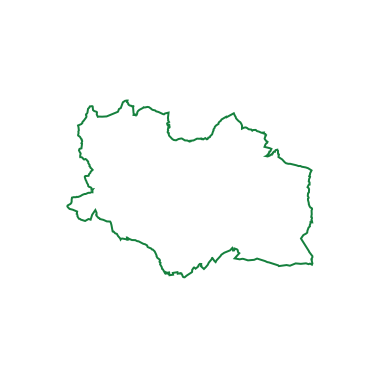 the district of Malovat, Mehedinti, Romania, rotated 324°
{"feature_id": "2599482B51625304248487", "entity_name": "Malovat", "entity_type": "district", "adm_level": 2, "iso_a3": "ROU", "parent_name": "Romania", "parent_adm1": "Mehedinti", "projection": "mercator", "projection_center": [22.741, 44.72], "detail": "fine", "context": "isolated", "style": "outline", "palette": "green", "viewbox_px": 384, "rotation_deg": 324, "n_neighbors": 0, "source": "geoboundaries", "source_scale": "gbopen_adm2", "svg_char_len": 6051}
<svg xmlns="http://www.w3.org/2000/svg" viewBox="0 0 384 384"><g transform="rotate(324 192 192)"><path d="M282.6,195.8L282.0,194.2L282.0,191.9L282.2,191.4L283.5,190.5L285.0,189.7L284.7,189.4L285.4,188.9L285.4,188.1L284.3,186.6L285.0,186.1L283.0,184.9L281.6,182.4L280.4,181.0L280.0,179.2L277.9,177.8L276.8,177.8L276.7,176.4L274.7,174.5L274.2,172.7L273.5,171.4L271.9,170.5L269.7,170.1L271.5,167.7L271.9,166.1L272.1,164.1L271.4,162.0L271.0,159.1L271.0,158.1L271.5,156.7L271.5,155.5L272.1,152.9L263.8,151.8L263.9,151.2L258.5,150.7L257.1,151.3L255.3,151.3L254.0,151.8L253.4,152.5L250.8,152.3L248.8,152.7L247.8,153.5L246.2,154.0L245.5,155.0L244.8,155.2L242.1,157.2L239.7,157.5L238.7,158.1L237.4,157.7L237.3,157.9L236.0,157.9L235.6,158.3L234.9,158.0L234.4,156.2L232.1,156.0L231.9,155.4L231.2,155.3L230.8,154.8L231.0,154.2L230.8,154.0L230.0,153.8L227.4,151.8L223.6,151.2L220.8,149.6L220.6,150.1L219.6,149.7L218.5,147.6L216.6,146.1L215.3,142.9L214.8,142.4L212.2,141.2L209.5,140.8L207.9,139.3L207.2,137.7L206.6,133.0L207.1,131.6L207.8,130.9L207.4,130.5L207.5,129.2L208.9,128.2L209.0,127.5L210.5,126.1L211.5,126.6L212.1,126.3L212.0,125.6L213.0,124.6L213.1,124.3L212.4,124.0L211.6,124.4L211.6,123.2L212.2,121.9L214.6,121.9L214.7,120.1L215.6,119.0L216.0,118.0L219.7,114.0L216.3,112.6L215.0,112.7L214.3,111.9L211.9,107.5L210.4,105.7L210.1,104.3L208.5,102.5L207.9,101.2L207.9,100.5L207.0,98.0L206.0,97.0L203.5,95.9L202.6,95.0L202.0,95.2L197.7,94.6L195.8,94.8L194.5,95.4L193.7,96.4L192.6,97.0L192.0,96.3L191.5,96.8L191.3,96.4L190.0,95.3L191.0,94.4L191.1,93.8L194.2,88.7L195.0,88.2L194.9,87.9L193.5,87.1L193.5,86.5L192.4,85.3L192.1,84.4L192.0,83.6L192.4,83.1L192.5,82.0L192.2,81.1L193.6,80.1L193.1,79.7L191.4,78.9L188.8,78.8L183.8,82.2L181.6,82.0L179.4,83.5L179.0,83.5L167.4,80.7L163.8,78.4L160.9,76.2L160.0,75.8L160.5,73.3L162.0,71.6L161.7,70.7L160.5,69.1L160.1,67.5L161.9,64.4L161.6,63.8L159.6,62.7L158.6,63.3L156.8,63.6L154.1,66.3L153.2,66.8L152.2,66.8L151.6,67.2L151.3,67.9L151.3,68.4L150.8,69.1L150.0,69.5L145.9,70.8L145.2,70.8L144.2,71.2L143.9,71.7L142.4,72.0L138.9,71.2L138.4,72.6L136.7,75.6L135.6,76.3L134.8,77.7L133.4,78.9L133.1,79.4L133.8,81.5L133.5,84.4L133.7,84.7L133.2,85.3L133.2,86.0L132.8,86.6L131.2,87.6L131.4,88.3L128.2,91.7L126.4,91.0L125.1,91.8L124.7,93.5L124.6,95.3L122.7,97.1L122.1,98.1L122.6,98.4L123.5,99.7L123.5,101.2L123.8,102.3L125.2,102.7L125.7,103.9L125.6,104.8L125.9,106.3L125.1,107.6L125.0,110.1L124.2,110.9L124.4,111.8L124.1,112.9L124.4,113.5L124.6,115.7L122.0,116.0L121.1,116.7L119.4,117.0L117.8,118.1L115.1,116.4L114.4,116.5L114.0,117.0L113.1,119.6L112.9,121.2L112.4,122.7L112.2,125.0L111.5,126.3L111.8,127.4L112.7,128.6L112.9,129.2L112.9,129.8L112.1,131.0L113.4,131.6L112.6,131.9L111.3,133.7L110.5,133.0L109.0,132.7L107.6,131.7L104.8,131.1L104.0,130.5L101.8,129.9L99.3,129.7L96.8,129.0L95.8,128.1L95.0,128.0L93.2,126.6L91.6,126.0L90.1,127.5L89.0,129.0L87.9,129.9L86.6,130.2L83.5,129.8L82.8,130.2L82.6,131.2L83.0,133.7L85.1,136.2L87.6,140.3L86.0,141.8L86.2,142.0L85.5,143.8L85.0,144.4L84.8,147.1L85.6,148.1L85.7,148.8L86.4,149.8L88.5,152.6L92.1,153.0L92.6,153.2L93.7,154.8L97.9,151.7L103.2,149.8L102.6,152.6L101.5,154.2L101.0,154.2L100.8,154.9L101.1,158.1L101.7,158.7L101.6,159.7L103.9,162.4L105.8,165.7L108.4,167.8L108.3,169.0L107.4,171.4L104.6,177.3L104.8,177.7L105.3,177.9L105.6,180.3L106.6,181.7L106.3,184.1L106.6,187.5L106.3,188.5L107.3,188.2L108.4,188.8L111.2,191.8L111.4,192.5L112.0,192.8L112.1,191.5L112.6,190.6L112.8,190.8L113.5,192.8L115.2,195.6L117.8,197.6L118.8,199.6L119.8,200.5L122.1,205.2L123.4,206.8L124.3,208.9L123.8,210.0L123.9,210.7L125.7,213.6L125.8,214.9L126.4,215.4L126.9,218.1L126.4,220.8L126.0,222.6L125.5,223.2L125.3,225.0L126.0,227.2L126.0,227.9L125.7,228.7L124.8,229.2L124.6,229.7L124.9,230.8L123.7,231.7L123.4,234.9L122.6,236.6L123.0,237.5L122.7,239.3L122.9,240.0L122.6,240.5L122.4,242.1L122.7,242.6L123.8,241.8L124.6,244.2L125.2,243.1L126.2,243.6L124.9,246.1L128.1,247.8L128.9,246.2L133.1,248.3L132.4,249.7L134.6,250.7L134.4,250.9L135.4,251.6L135.2,251.9L135.5,252.8L135.1,254.0L134.9,255.6L135.5,256.4L136.0,256.7L138.4,256.5L144.7,256.8L145.1,256.7L146.4,255.1L149.0,254.2L149.5,254.5L149.8,256.1L152.8,256.0L154.6,255.0L156.1,254.8L157.1,255.6L156.4,256.3L156.6,257.6L156.2,256.9L155.6,257.2L156.4,261.3L159.0,260.9L161.9,260.2L164.1,259.0L168.1,258.0L169.5,257.2L169.7,257.3L169.6,261.2L169.9,262.6L171.7,261.7L177.3,260.6L178.9,260.0L182.4,260.1L188.5,261.6L191.6,261.0L190.8,263.5L191.7,264.0L192.6,263.5L193.2,262.7L194.6,264.7L194.8,265.6L194.7,266.2L194.0,267.4L194.0,268.4L194.3,269.3L187.5,270.8L191.0,274.5L193.4,275.6L194.3,276.4L197.1,280.2L202.4,283.4L205.5,284.1L210.5,290.8L211.7,293.0L212.8,294.1L218.6,302.0L218.7,303.0L225.6,306.7L227.9,309.2L233.9,310.7L237.8,314.1L242.3,316.7L243.9,318.9L245.4,319.3L246.3,321.3L247.4,320.6L248.6,317.6L249.1,317.4L249.1,316.5L250.9,315.7L251.7,314.7L251.6,309.2L251.8,309.0L252.8,293.7L256.8,292.3L259.8,292.7L261.3,292.6L262.6,291.2L265.4,289.3L267.2,289.1L267.8,288.0L269.2,287.2L270.2,286.0L271.4,287.2L272.1,285.8L272.0,285.0L273.4,284.0L274.0,283.1L274.1,282.8L273.8,282.3L275.7,280.5L277.9,277.2L279.0,276.5L279.3,276.0L279.3,275.1L278.7,274.3L278.7,272.8L279.4,270.3L279.9,269.8L281.2,266.5L281.9,265.6L282.4,265.6L283.1,265.0L283.3,263.3L285.2,261.2L286.3,261.1L288.4,258.5L288.6,257.3L288.3,256.0L290.8,254.7L291.5,255.1L292.7,253.4L292.8,253.0L292.6,252.2L292.9,251.9L294.3,250.4L296.5,249.1L296.6,248.6L296.2,248.1L297.7,247.2L298.7,246.2L301.4,244.8L299.9,241.0L298.4,238.9L295.7,236.1L294.9,234.6L293.5,233.7L292.2,231.8L288.1,227.0L286.5,225.8L285.0,224.0L284.5,222.4L284.1,218.6L282.5,214.5L284.3,212.8L283.9,212.4L284.3,211.3L285.8,209.1L285.6,208.2L285.8,207.9L284.4,207.3L283.8,207.4L282.7,208.2L282.0,207.5L280.5,207.8L280.0,208.4L278.8,208.2L278.5,208.7L277.3,208.1L276.3,208.3L274.1,207.7L273.0,206.5L274.1,206.7L274.7,206.3L275.4,206.4L276.6,205.8L276.9,205.9L278.3,204.8L279.1,205.2L281.6,203.8L280.7,202.3L277.2,198.1L279.2,196.8L280.6,196.3L281.7,196.4L282.6,195.8Z" fill="none" stroke="#15803d" stroke-width="2"/></g></svg>